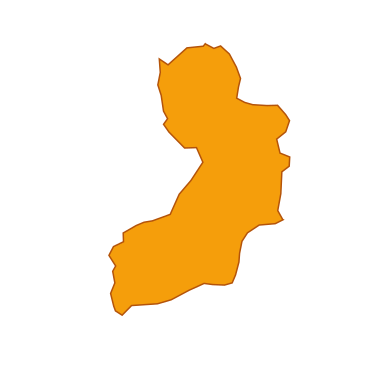 Loukrounou, Paphos, Cyprus (Albers equal-area conic projection), rotated 119°
{"feature_id": "46923920B56770257567799", "entity_name": "Loukrounou", "entity_type": "district", "adm_level": 2, "iso_a3": "CYP", "parent_name": "Cyprus", "parent_adm1": "Paphos", "projection": "albers", "projection_center": [32.469, 34.954], "detail": "fine", "context": "isolated", "style": "filled", "palette": "amber", "viewbox_px": 384, "rotation_deg": 119, "n_neighbors": 0, "source": "geoboundaries", "source_scale": "gbopen_adm2", "svg_char_len": 1036}
<svg xmlns="http://www.w3.org/2000/svg" viewBox="0 0 384 384"><g transform="rotate(119 192 192)"><path d="M55.9,252.3L59.0,252.8L68.4,266.3L92.4,274.6L91.5,285.1L102.8,277.7L114.9,273.8L122.4,265.8L135.1,256.1L139.7,248.9L146.6,249.7L150.8,241.1L153.5,232.0L157.1,219.8L151.0,209.6L160.7,196.9L182.4,198.5L200.1,202.1L222.1,200.2L236.4,212.6L241.7,219.3L248.3,224.5L261.2,232.3L268.7,227.8L277.8,234.2L285.9,234.0L287.7,233.9L293.7,222.9L299.8,222.9L308.9,215.4L320.2,214.0L329.8,205.1L333.1,201.3L333.6,193.4L320.6,189.8L306.5,168.0L296.4,158.0L279.3,146.9L266.1,137.1L262.9,129.0L257.6,118.4L252.0,112.8L243.5,113.7L230.5,117.0L222.5,120.7L210.9,124.4L200.8,123.7L188.3,117.2L179.3,103.8L172.1,98.9L172.1,99.3L166.7,108.0L150.4,113.5L130.8,123.2L122.3,119.5L114.0,123.5L115.3,133.9L104.7,143.6L93.9,139.2L82.3,141.3L78.9,147.6L74.7,159.2L80.0,168.2L86.2,181.2L88.1,189.3L88.3,198.4L77.5,202.3L69.2,204.6L61.3,213.7L53.2,226.2L50.4,237.8L55.8,242.5L56.0,252.0L55.9,252.3Z" fill="#f59e0b" stroke="#b45309" stroke-width="1.5"/></g></svg>